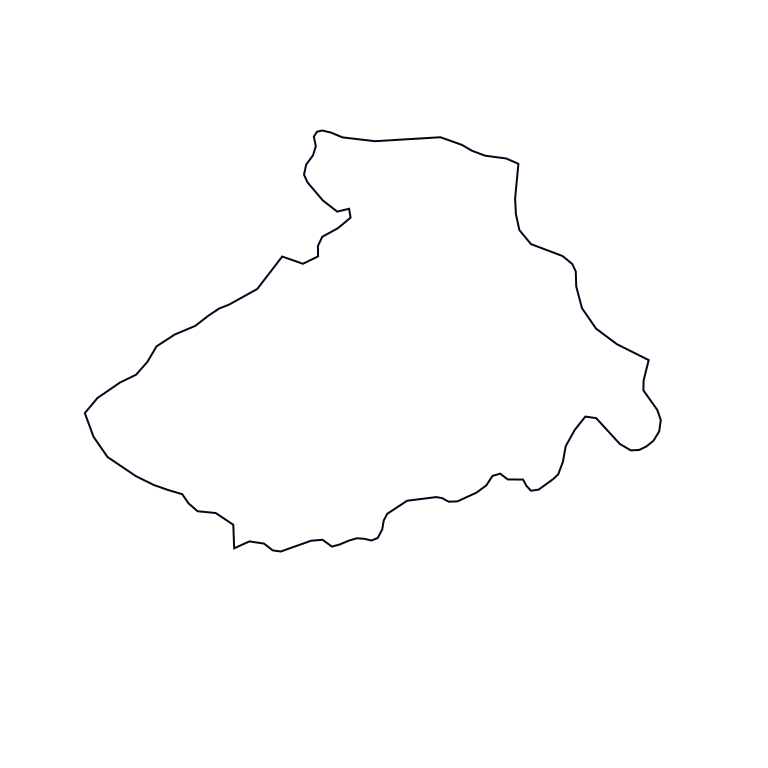 map outline of Bougouriba (Equal Earth projection), rotated 226°
{"feature_id": "BFA-2832", "entity_name": "Bougouriba", "entity_type": "Province", "adm_level": 1, "iso_a3": "BFA", "parent_name": "Burkina Faso", "parent_adm1": "", "projection": "equal_earth", "projection_center": [-3.423, 10.894], "detail": "fine", "context": "isolated", "style": "outline", "palette": "ink", "viewbox_px": 768, "rotation_deg": 226, "n_neighbors": 0, "source": "natural_earth", "source_scale": "10m", "svg_char_len": 1498}
<svg xmlns="http://www.w3.org/2000/svg" viewBox="0 0 768 768"><g transform="rotate(226 384 384)"><path d="M444.9,162.3L458.2,154.8L471.4,148.2L490.1,141.5L523.6,134.4L547.9,138.4L570.9,148.6L573.0,168.2L568.4,195.3L562.9,212.1L564.3,229.3L569.1,246.5L565.0,267.8L556.9,288.6L555.2,304.7L552.8,318.0L548.8,327.5L540.4,358.9L546.4,399.3L526.8,409.2L521.6,425.2L529.2,432.4L532.8,441.9L528.1,459.0L526.9,475.5L534.3,480.6L540.5,470.1L558.3,467.5L582.1,469.0L590.2,471.9L595.9,480.5L597.8,491.8L602.5,500.2L610.7,505.4L612.0,511.1L609.2,515.7L601.7,520.5L590.3,525.4L565.0,546.1L522.3,596.0L502.0,606.1L490.4,609.4L477.9,615.4L461.3,628.6L449.0,633.6L426.3,607.1L414.7,597.0L400.7,588.3L382.5,586.9L352.1,601.3L339.6,602.8L331.7,600.1L320.6,590.0L301.0,579.1L276.5,575.0L250.8,579.2L217.3,591.0L206.2,573.2L199.3,566.2L175.6,562.6L165.8,558.1L158.8,549.1L156.0,538.5L156.8,529.4L159.2,521.9L164.8,515.4L177.1,512.0L212.1,512.9L220.7,506.2L218.5,489.5L213.1,471.6L203.7,458.6L198.0,446.5L198.1,439.5L200.6,421.9L205.1,415.6L211.7,415.7L218.7,417.6L229.4,406.7L238.8,405.3L242.5,398.2L240.0,387.1L241.6,375.1L248.6,355.2L254.3,348.9L257.9,347.6L261.1,346.8L266.3,343.1L284.0,319.5L288.4,296.0L286.0,289.0L280.6,281.7L277.6,272.5L280.1,266.3L286.3,262.3L291.9,257.3L295.8,249.8L299.3,240.7L303.2,233.6L314.6,231.6L321.9,222.7L335.2,193.4L341.6,188.4L352.6,186.8L364.3,177.8L369.9,162.1L387.4,177.8L408.1,173.3L422.0,161.5L433.9,160.5L444.9,162.3Z" fill="none" stroke="#020617" stroke-width="2"/></g></svg>